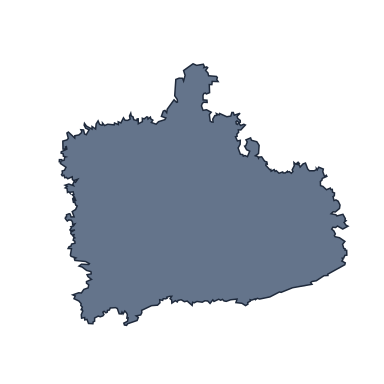 the district of Sunamganj, Sylhet, Bangladesh, rotated 165°
{"feature_id": "16705992B61059366245275", "entity_name": "Sunamganj", "entity_type": "district", "adm_level": 2, "iso_a3": "BGD", "parent_name": "Bangladesh", "parent_adm1": "Sylhet", "projection": "mercator", "projection_center": [91.358, 24.888], "detail": "fine", "context": "isolated", "style": "filled", "palette": "slate", "viewbox_px": 384, "rotation_deg": 165, "n_neighbors": 0, "source": "geoboundaries", "source_scale": "gbopen_adm2", "svg_char_len": 5969}
<svg xmlns="http://www.w3.org/2000/svg" viewBox="0 0 384 384"><g transform="rotate(165 192 192)"><path d="M303.6,274.6L305.5,266.9L303.0,266.2L302.4,268.4L301.6,268.4L301.8,265.8L307.9,264.7L308.4,263.5L306.5,262.1L307.0,259.9L304.9,258.6L305.9,258.6L307.3,255.8L309.5,255.8L309.4,257.0L311.7,257.6L312.4,255.6L311.0,254.9L311.7,253.6L307.3,248.5L309.6,246.0L312.0,245.9L312.3,243.7L313.6,242.5L313.1,241.2L311.4,241.4L311.2,238.7L309.6,238.6L308.6,236.9L303.8,237.7L304.3,235.1L303.4,233.6L299.1,233.9L302.0,231.5L303.0,232.7L305.2,230.3L304.8,228.8L308.9,231.6L312.8,231.4L311.1,229.8L313.4,228.8L311.8,227.8L312.4,223.8L311.0,224.1L310.0,222.4L309.8,223.3L306.8,223.0L306.8,220.1L308.3,220.3L306.9,217.5L306.4,213.2L306.8,214.8L307.5,213.9L308.0,217.1L309.0,216.4L309.2,212.7L307.8,212.1L307.7,209.4L306.5,208.2L309.0,205.2L312.8,204.1L312.3,198.5L315.3,199.2L315.4,202.2L316.2,202.8L319.1,202.5L319.6,200.5L320.7,200.4L321.3,199.2L320.0,196.2L318.4,196.9L315.9,196.0L315.2,193.9L315.7,191.5L313.4,191.5L315.3,189.9L318.0,189.8L317.6,188.8L319.7,187.0L319.4,186.0L314.9,185.7L319.3,184.6L319.8,183.2L318.6,181.1L316.4,181.6L318.3,180.2L317.1,178.1L318.2,178.1L319.3,176.2L317.9,174.7L318.3,172.8L321.8,172.9L322.9,171.1L324.9,171.0L326.3,169.5L323.1,168.4L325.8,162.5L325.5,161.2L321.3,158.4L322.9,158.0L322.8,156.2L312.8,152.4L309.6,149.4L310.5,148.7L317.4,150.9L320.3,149.7L317.6,148.0L314.1,143.5L310.3,141.3L310.3,139.9L310.6,139.0L314.8,139.3L314.4,137.2L311.7,133.6L317.1,132.8L317.5,131.2L315.8,129.1L317.1,126.3L321.7,125.9L325.0,123.1L327.6,124.0L333.8,123.5L331.7,121.8L333.6,119.5L329.5,116.0L328.0,112.9L328.8,111.2L327.7,109.2L330.0,106.5L328.6,107.4L328.3,105.3L330.7,102.2L331.3,98.7L328.2,98.5L328.7,96.2L326.4,96.1L326.0,91.8L321.8,90.4L321.1,92.1L319.5,92.4L318.7,95.5L314.7,96.4L312.9,95.2L310.2,95.4L308.8,96.4L309.2,99.0L307.8,99.5L306.4,97.6L304.9,97.9L304.3,99.5L302.3,99.4L301.0,101.1L295.8,100.1L294.3,98.8L293.9,93.2L291.8,92.5L290.7,94.1L290.2,92.0L287.7,94.4L286.5,92.1L286.2,90.1L287.6,87.1L286.3,86.9L287.8,83.8L291.8,83.0L291.7,81.0L289.7,80.1L288.3,81.4L278.3,82.1L276.3,84.7L278.0,86.8L273.4,86.5L271.7,88.4L271.3,90.7L260.5,92.7L254.6,91.6L251.6,93.3L251.1,96.3L248.4,94.9L247.4,96.4L245.0,95.6L243.5,95.9L243.6,96.9L240.9,97.0L238.6,96.5L240.8,94.6L239.6,93.0L240.2,89.9L236.2,91.3L234.7,89.6L233.5,90.9L230.3,90.7L227.7,88.0L224.9,87.9L221.2,82.4L219.9,85.3L218.5,84.4L215.6,85.0L210.6,82.9L207.7,83.6L205.0,82.6L203.4,79.7L199.8,82.4L199.1,80.6L194.0,81.5L192.3,80.0L190.4,80.4L189.3,78.5L187.2,77.5L182.6,77.9L176.2,76.9L178.2,73.8L172.6,71.6L169.7,68.4L167.0,69.2L166.8,70.8L163.9,71.5L163.7,72.9L162.4,72.1L158.7,72.4L158.6,71.6L156.5,72.4L154.4,71.1L143.9,70.5L133.4,72.8L131.9,72.0L119.6,73.5L100.0,71.8L100.8,73.8L99.4,74.5L94.9,74.1L86.2,77.0L82.3,76.2L82.1,77.5L63.2,82.2L62.3,83.9L65.1,86.5L63.7,87.6L64.0,89.1L62.6,88.9L60.8,91.2L58.8,90.9L57.7,95.6L59.2,96.3L58.8,97.5L60.0,98.3L60.1,102.5L57.1,104.7L61.4,109.7L65.4,111.8L65.8,112.9L64.4,114.4L65.1,117.8L66.7,120.0L65.0,121.5L62.5,120.5L60.3,121.5L56.0,117.2L50.2,118.6L51.9,120.2L53.0,123.3L50.6,124.4L51.5,125.2L50.8,126.6L52.0,131.4L58.3,131.4L58.9,132.8L63.3,135.0L60.7,136.4L58.8,135.6L53.8,137.9L52.4,141.1L53.2,145.3L55.0,147.1L57.1,147.0L56.9,151.1L55.5,151.5L54.6,154.2L56.3,155.5L55.8,158.2L57.2,158.4L57.4,160.0L61.5,159.4L64.1,163.5L66.2,164.9L65.3,168.9L63.4,169.8L62.7,171.4L57.7,172.2L58.0,173.4L59.9,172.3L60.4,177.8L59.2,180.2L63.2,183.2L65.3,181.0L65.8,182.4L66.0,181.4L68.5,180.9L73.1,182.1L74.3,184.3L74.9,190.6L77.5,190.4L81.1,188.1L81.3,190.2L82.8,191.2L81.0,191.8L81.8,193.3L84.5,192.0L85.9,194.1L86.5,190.8L89.5,187.5L89.2,185.6L91.2,184.4L92.7,186.5L94.6,186.5L94.5,187.3L96.9,186.3L99.0,186.8L99.2,187.9L103.1,187.6L105.1,190.8L106.4,190.4L106.8,192.4L110.2,191.6L110.0,193.4L111.1,193.5L113.8,198.6L113.1,200.1L112.1,199.4L111.9,201.6L113.9,203.0L115.6,207.9L118.1,208.4L119.0,207.4L119.3,209.2L121.4,210.6L117.8,211.9L115.1,219.7L116.4,223.8L121.2,226.6L121.4,229.1L126.4,228.4L125.7,226.1L128.0,222.8L129.3,222.7L128.3,218.7L125.7,216.5L129.3,211.8L131.4,213.5L133.2,213.4L133.3,215.0L135.5,215.9L136.1,222.6L133.2,225.6L132.0,229.4L134.9,229.6L135.7,234.1L134.0,234.1L133.7,236.3L131.5,237.6L131.2,240.0L128.8,239.3L123.1,242.9L124.4,244.0L127.9,243.7L129.0,246.7L130.7,245.5L131.6,246.4L131.3,248.6L130.2,249.1L128.6,246.8L127.3,246.9L126.9,248.7L128.8,251.2L128.9,253.4L125.2,255.6L131.3,255.3L131.5,258.1L132.9,258.5L134.9,255.3L138.9,255.7L145.0,260.7L145.9,259.5L148.2,261.5L148.2,259.6L150.2,259.9L153.1,257.0L153.5,254.1L154.7,254.3L156.1,255.8L155.2,262.4L152.8,264.1L156.7,267.7L160.2,268.0L160.6,272.7L159.4,274.6L157.6,275.7L154.2,274.6L153.8,276.8L157.4,278.1L156.4,282.5L155.0,284.1L153.4,284.1L152.8,283.0L149.3,283.4L147.5,291.3L145.0,290.6L143.9,293.6L138.2,291.9L139.0,294.2L137.9,296.0L138.5,297.3L145.9,300.0L145.8,302.9L147.4,305.9L144.7,308.0L145.4,309.0L148.3,309.1L147.6,310.0L148.0,312.5L154.7,313.1L157.8,315.6L168.7,311.5L168.5,306.4L171.4,301.4L171.7,304.3L175.0,305.3L178.5,304.9L183.8,289.4L182.3,285.2L182.8,282.6L183.7,282.6L185.5,285.7L194.5,278.4L195.9,275.2L197.0,277.8L198.8,277.6L202.0,273.0L198.1,270.3L199.5,268.9L206.1,268.6L209.1,266.8L213.3,269.7L211.2,271.5L212.9,273.3L212.8,275.1L215.6,273.9L215.4,275.8L216.2,276.3L219.3,275.0L220.9,276.1L221.7,272.8L226.2,271.8L225.0,276.6L226.1,276.8L226.9,275.3L229.5,276.9L229.5,279.8L231.0,281.3L230.8,283.9L232.7,281.6L232.9,278.5L235.5,277.8L238.1,278.6L239.0,281.4L242.8,277.1L245.1,278.9L245.7,276.2L249.0,278.7L249.8,277.0L255.9,279.3L259.2,278.8L260.6,281.8L261.0,279.9L261.9,279.9L263.8,281.3L264.3,285.0L267.0,282.5L268.8,277.8L271.6,281.1L272.3,278.6L276.9,283.0L278.1,286.1L278.9,284.4L278.2,281.2L275.3,278.7L279.3,274.7L280.8,275.9L280.7,280.0L283.2,280.9L282.8,279.0L283.7,277.7L286.5,276.4L290.6,276.7L291.3,274.5L295.9,281.9L297.6,281.3L297.6,275.8L299.3,274.7L303.6,274.6Z" fill="#64748b" stroke="#1e293b" stroke-width="1.5"/></g></svg>